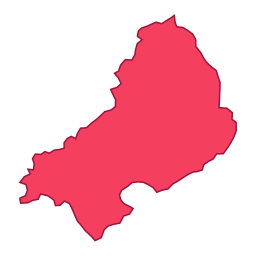 outline of Santana do Jacaré, Minas Gerais, Brazil
{"feature_id": "56859067B59414869948736", "entity_name": "Santana do Jacaré", "entity_type": "district", "adm_level": 2, "iso_a3": "BRA", "parent_name": "Brazil", "parent_adm1": "Minas Gerais", "projection": "orthographic", "projection_center": [-45.071, -20.88], "detail": "fine", "context": "isolated", "style": "filled", "palette": "rose", "viewbox_px": 256, "rotation_deg": 0, "n_neighbors": 0, "source": "geoboundaries", "source_scale": "gbopen_adm2", "svg_char_len": 1664}
<svg xmlns="http://www.w3.org/2000/svg" viewBox="0 0 256 256"><path d="M20.6,203.2L27.6,202.8L33.0,200.3L38.1,199.3L40.5,194.0L48.0,195.8L53.8,200.0L55.5,205.6L60.1,205.3L64.3,201.1L69.5,203.5L72.3,209.3L75.1,215.8L77.3,220.9L80.8,224.9L85.2,230.6L91.2,236.1L95.1,240.6L101.2,237.7L104.1,229.9L108.0,226.1L113.5,224.3L119.9,223.1L123.6,216.0L129.5,214.1L133.1,208.5L128.3,205.8L123.6,203.5L120.6,199.5L119.5,194.8L121.7,190.2L127.9,186.2L132.1,182.5L137.6,181.9L143.0,182.2L147.9,184.4L153.0,187.5L156.9,192.3L162.1,190.2L167.9,189.0L172.8,184.0L179.8,179.9L184.1,176.9L188.6,174.2L192.8,172.1L197.1,171.6L202.2,170.0L203.8,164.7L207.9,161.7L213.3,158.9L216.6,153.9L223.3,153.7L227.7,147.6L231.4,141.6L234.0,136.8L236.2,130.8L236.1,122.3L232.0,119.3L232.4,112.7L226.8,108.2L219.0,107.7L219.5,99.4L219.7,92.9L220.0,87.6L220.0,82.4L218.1,76.8L216.3,70.6L210.6,66.3L206.6,62.3L203.8,58.4L200.6,52.5L195.8,46.5L195.8,39.8L192.8,34.2L187.4,30.2L182.8,27.5L176.6,26.7L175.0,21.6L174.3,15.4L170.5,18.2L166.0,20.9L161.7,23.7L156.2,22.2L151.5,24.2L147.1,26.2L141.6,28.0L138.4,30.9L137.4,36.3L142.1,39.7L137.2,43.7L135.5,50.1L134.9,54.7L131.9,60.0L125.2,59.7L120.5,65.3L118.7,70.9L114.5,73.3L118.3,77.8L121.1,83.6L117.1,87.4L110.7,89.4L112.8,94.1L115.6,99.7L115.4,106.6L111.0,110.0L104.7,111.7L100.6,115.7L96.4,119.4L91.0,123.5L86.4,127.8L80.5,128.2L77.6,133.3L75.6,138.6L71.3,136.4L67.4,138.5L64.1,142.6L64.1,148.3L59.0,149.6L54.3,150.1L49.3,153.2L44.9,151.6L41.1,154.4L35.4,154.1L32.5,158.5L34.2,163.9L33.4,169.9L28.0,169.2L30.2,173.9L24.5,176.6L19.8,182.4L26.0,184.5L27.5,190.2L25.4,195.7L19.9,198.2L20.6,203.2Z" fill="#f43f5e" stroke="#9f1239" stroke-width="1.5"/></svg>